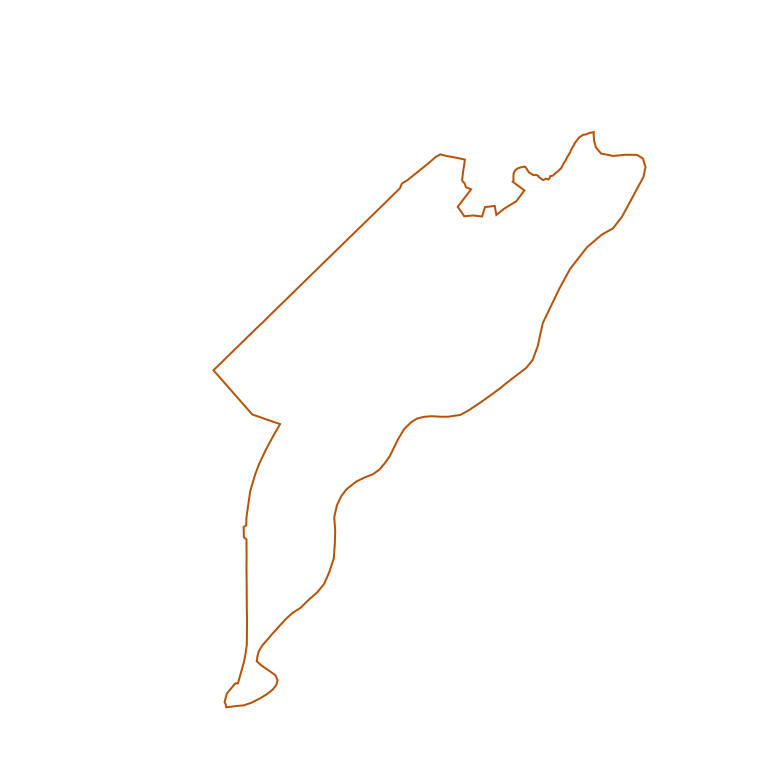 the district of Strenči, Strencu, Latvia, rotated 314°
{"feature_id": "27541924B77919484434433", "entity_name": "Strenči", "entity_type": "district", "adm_level": 2, "iso_a3": "LVA", "parent_name": "Latvia", "parent_adm1": "Strencu", "projection": "equal_earth", "projection_center": [25.697, 57.627], "detail": "fine", "context": "isolated", "style": "outline", "palette": "amber", "viewbox_px": 768, "rotation_deg": 314, "n_neighbors": 0, "source": "geoboundaries", "source_scale": "gbopen_adm2", "svg_char_len": 2950}
<svg xmlns="http://www.w3.org/2000/svg" viewBox="0 0 768 768"><g transform="rotate(314 384 384)"><path d="M41.9,495.1L45.6,498.1L51.2,502.7L55.5,506.4L62.7,510.1L71.8,513.2L79.5,515.2L87.1,516.2L92.9,515.6L97.0,513.2L99.1,508.1L97.6,498.5L96.3,490.7L96.2,485.0L99.9,482.4L104.2,479.8L111.0,478.1L125.1,477.3L146.5,476.6L156.4,477.3L165.0,479.5L175.5,479.7L188.1,480.7L198.7,479.8L210.7,475.3L223.7,469.0L234.6,459.9L244.4,451.0L253.2,441.2L253.8,440.6L264.0,434.4L273.7,431.1L282.5,430.2L288.2,430.9L288.5,431.0L294.5,431.8L303.6,435.1L311.4,438.7L318.9,440.1L327.6,439.6L336.0,438.3L353.7,432.6L365.5,429.8L375.3,430.1L381.9,431.7L388.1,435.5L393.9,440.6L399.2,446.8L404.8,452.7L414.7,460.3L422.6,462.9L437.7,466.2L448.2,468.2L461.1,470.4L467.6,471.2L470.6,471.5L477.2,472.5L482.4,473.3L494.1,475.1L504.6,474.2L518.2,468.2L538.1,455.9L574.4,443.9L596.1,437.9L623.5,435.0L642.7,436.9L655.1,440.6L669.5,439.0L674.3,437.7L691.2,433.0L700.3,430.4L712.9,426.9L721.6,421.5L726.1,413.5L724.5,406.8L716.4,398.2L707.3,390.5L700.6,380.1L701.4,372.1L704.8,366.3L710.0,360.5L710.9,359.9L707.3,357.4L703.6,355.8L701.5,354.1L696.6,353.1L689.2,354.0L688.4,354.6L686.1,355.0L681.8,356.1L680.1,357.0L674.2,358.3L671.2,359.2L669.6,359.7L667.7,359.9L662.4,361.5L657.2,361.3L654.5,360.8L651.0,360.7L649.1,359.2L646.9,360.2L645.4,360.2L644.9,359.1L644.1,357.8L641.4,356.9L641.1,356.6L640.5,351.9L640.6,350.1L640.8,350.1L640.7,349.6L640.0,348.0L639.5,347.6L638.0,346.4L636.9,341.1L638.2,335.9L638.1,334.1L634.8,331.9L634.1,331.5L633.8,331.3L633.0,330.9L632.4,330.6L632.0,330.4L631.3,330.2L630.9,330.2L630.2,330.1L629.5,330.1L629.1,330.0L628.5,330.1L628.3,330.1L627.6,330.4L626.7,330.5L626.2,330.7L625.8,330.9L625.5,331.0L625.0,331.4L624.7,331.7L624.4,331.9L623.4,332.9L622.2,333.9L619.9,336.1L618.9,336.1L620.8,350.5L607.5,352.2L593.7,348.7L583.7,347.4L589.0,339.9L581.4,333.8L572.6,338.2L567.1,331.0L560.4,325.2L562.7,313.9L582.1,311.7L584.6,311.4L582.5,306.4L584.4,302.4L584.4,299.8L584.8,298.7L590.7,294.1L598.4,288.7L601.6,286.3L597.1,279.0L591.4,270.5L588.3,265.0L583.5,263.5L576.7,262.9L571.5,262.4L569.0,262.1L546.6,259.2L540.8,257.6L535.8,259.5L504.0,258.6L474.2,257.7L464.8,257.4L397.0,255.4L394.2,255.3L389.3,255.2L383.0,255.0L371.7,254.7L367.7,254.5L346.0,254.0L345.0,254.1L342.9,253.9L342.5,253.8L317.8,253.0L313.5,252.9L311.7,252.9L294.3,252.3L291.2,252.3L275.4,251.8L273.5,274.6L272.8,283.5L272.1,292.2L272.0,292.7L270.9,306.6L270.6,310.5L272.2,313.9L274.6,319.1L278.8,328.2L279.4,329.5L283.0,337.1L270.9,340.1L255.2,344.5L240.9,349.3L229.9,353.9L214.0,362.2L198.0,373.7L195.6,375.4L194.9,375.9L191.4,378.7L186.6,383.1L185.8,382.9L184.2,382.5L183.5,382.4L182.9,383.1L182.7,383.3L176.4,389.7L176.5,390.3L176.7,393.0L166.0,403.5L155.3,413.7L146.2,422.7L136.7,432.0L127.8,440.7L118.8,449.7L101.3,466.3L94.3,471.4L87.6,475.9L67.2,486.9L65.3,485.0L52.1,486.0L44.4,490.3L43.7,492.6L43.2,493.1L41.9,495.1Z" fill="none" stroke="#b45309" stroke-width="2"/></g></svg>